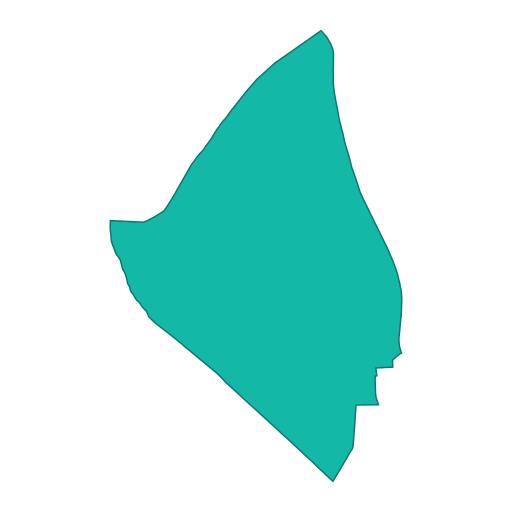 the district of An Bien, Kiên Giang, Vietnam
{"feature_id": "81297802B3825263519858", "entity_name": "An Bien", "entity_type": "district", "adm_level": 2, "iso_a3": "VNM", "parent_name": "Vietnam", "parent_adm1": "Kiên Giang", "projection": "equal_earth", "projection_center": [105.023, 9.827], "detail": "fine", "context": "isolated", "style": "filled", "palette": "teal", "viewbox_px": 512, "rotation_deg": 0, "n_neighbors": 0, "source": "geoboundaries", "source_scale": "gbopen_adm2", "svg_char_len": 3209}
<svg xmlns="http://www.w3.org/2000/svg" viewBox="0 0 512 512"><path d="M388.4,250.5L386.4,246.3L377.2,227.4L375.5,224.1L367.7,208.1L363.5,199.6L360.7,193.4L360.1,192.2L357.2,182.9L353.2,171.4L351.8,167.6L349.1,156.9L345.2,143.8L344.5,141.3L343.1,134.4L341.8,129.5L339.7,121.3L339.7,121.2L338.9,117.7L338.1,113.0L337.3,108.4L336.3,103.7L335.6,99.8L334.2,91.9L333.7,87.9L333.4,83.7L333.3,75.4L333.3,68.3L333.4,66.3L333.4,61.5L333.5,53.9L332.9,49.9L332.9,49.7L330.8,44.0L326.7,37.0L321.0,30.7L280.1,59.4L277.4,61.2L274.7,63.2L256.8,79.4L246.2,91.6L232.6,108.8L231.5,110.1L229.8,112.5L227.0,116.4L225.4,118.5L224.0,120.0L223.0,121.0L222.1,122.2L221.2,123.4L220.6,124.4L219.8,125.5L219.2,126.4L218.4,127.5L217.5,128.6L216.6,129.9L215.8,131.2L214.6,133.2L213.1,135.5L211.7,138.0L209.8,140.7L208.6,142.4L207.3,144.2L206.2,145.6L205.4,146.7L204.3,148.4L203.6,149.7L203.3,150.0L201.9,151.5L199.6,153.9L198.6,155.1L197.5,156.5L196.1,158.3L194.5,160.7L192.2,163.6L191.3,165.0L190.5,166.2L173.5,196.2L166.9,206.7L164.0,210.9L163.8,211.0L155.1,216.5L147.3,220.7L143.4,222.2L110.4,220.6L110.2,226.4L110.2,227.9L110.3,230.0L110.5,231.9L110.8,233.8L111.0,236.2L111.1,238.3L111.2,239.5L111.4,240.7L111.6,241.8L112.1,243.1L112.4,244.6L113.9,248.1L114.8,250.8L115.3,252.0L115.7,253.0L116.2,253.9L116.9,255.0L117.6,256.0L118.4,257.1L118.9,257.7L119.2,258.2L119.6,258.8L120.1,259.8L120.5,260.7L120.8,262.1L121.4,263.9L122.0,266.7L122.4,268.2L122.9,269.5L123.8,270.9L124.3,271.9L124.6,272.6L124.9,273.2L125.1,273.8L125.7,275.2L126.2,276.9L126.7,278.5L126.9,279.5L127.1,280.5L127.3,281.8L127.5,282.9L127.7,283.5L127.9,283.9L128.4,284.7L128.9,285.7L129.3,286.3L129.6,286.9L129.7,287.6L130.0,288.6L130.2,289.4L130.4,290.3L130.7,291.1L131.2,292.0L131.8,292.7L132.8,294.0L133.3,294.7L134.4,296.5L135.0,297.7L135.7,298.8L136.1,299.4L137.1,300.5L137.9,301.2L138.7,301.7L139.1,302.3L139.9,303.4L141.3,305.5L142.2,306.6L142.9,307.6L143.9,308.6L144.8,309.6L145.8,310.5L146.0,310.7L146.5,311.2L146.8,312.0L147.7,313.9L148.3,315.4L148.4,315.9L148.6,316.3L148.7,316.6L149.0,317.0L150.2,318.1L153.2,321.1L156.4,324.0L159.8,326.6L162.0,328.3L167.4,332.4L171.3,335.5L177.0,340.0L178.7,341.5L180.5,342.9L186.7,348.3L189.4,350.4L198.0,357.6L206.6,364.7L215.2,371.8L217.4,373.6L226.5,383.1L236.2,391.8L240.4,395.8L245.9,400.8L253.7,407.9L266.0,419.1L277.7,429.8L279.8,431.8L291.1,442.1L292.5,443.4L301.4,451.8L305.6,455.7L311.5,461.0L318.9,468.3L332.4,480.8L333.0,481.3L335.8,476.5L339.5,470.4L343.1,464.2L346.8,458.0L347.5,456.6L350.4,451.6L352.4,448.6L352.8,447.5L353.0,446.4L353.1,444.8L353.5,440.9L354.3,430.2L355.1,419.2L356.0,405.0L363.8,404.9L371.7,404.8L378.5,404.8L377.9,402.9L377.5,401.8L376.0,397.3L375.6,393.8L375.1,380.5L375.3,376.0L376.8,375.9L375.9,368.1L378.6,367.8L381.3,367.7L392.8,367.1L392.5,360.6L392.7,360.2L392.9,359.8L393.2,359.4L393.9,358.8L396.9,356.3L399.3,354.4L401.5,353.0L400.8,351.3L400.0,348.2L399.4,346.0L399.1,343.3L399.0,341.8L398.9,338.2L399.0,337.1L399.5,332.9L400.8,318.1L401.3,315.0L401.4,310.1L401.5,307.1L401.8,300.2L401.6,295.9L401.5,293.6L401.0,289.8L399.7,283.4L398.6,279.0L398.0,276.2L397.4,274.0L396.5,271.0L394.8,266.2L392.7,260.6L388.4,250.5Z" fill="#14b8a6" stroke="#0f766e" stroke-width="1.5"/></svg>